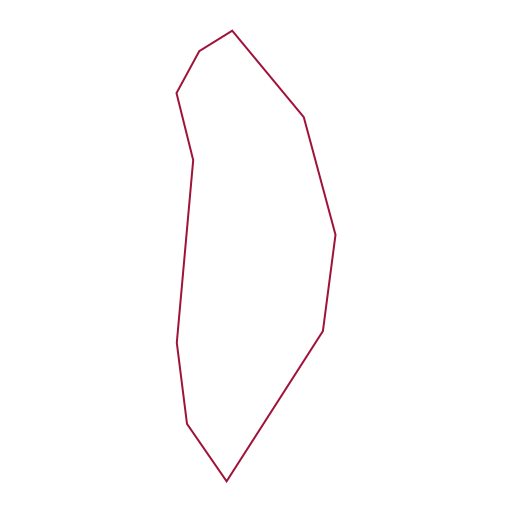 map outline of Blackpool (orthographic projection)
{"feature_id": "GBR-5670", "entity_name": "Blackpool", "entity_type": "Unitary Authority", "adm_level": 1, "iso_a3": "GBR", "parent_name": "United Kingdom", "parent_adm1": "", "projection": "orthographic", "projection_center": [-3.016, 53.839], "detail": "fine", "context": "isolated", "style": "outline", "palette": "rose", "viewbox_px": 512, "rotation_deg": 0, "n_neighbors": 0, "source": "natural_earth", "source_scale": "10m", "svg_char_len": 256}
<svg xmlns="http://www.w3.org/2000/svg" viewBox="0 0 512 512"><path d="M226.6,481.3L187.0,423.9L176.8,342.7L193.2,160.1L176.5,93.1L199.3,51.1L232.2,30.7L303.8,117.2L335.5,234.8L322.9,331.1L226.6,481.3Z" fill="none" stroke="#9f1239" stroke-width="2"/></svg>